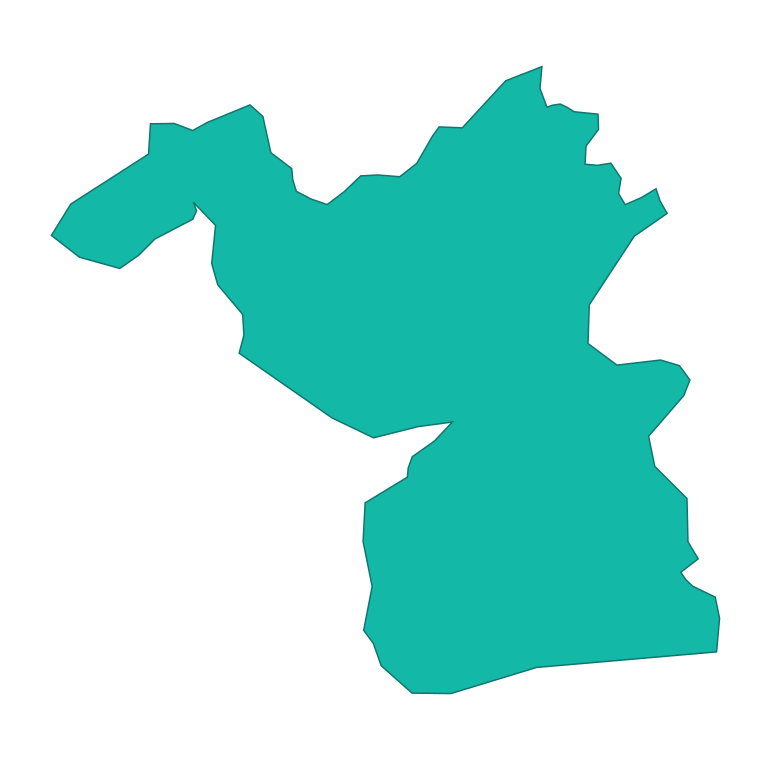 SVG path tracing the border of Mahanuvara, rotated 88°
{"feature_id": "LKA-2448", "entity_name": "Mahanuvara", "entity_type": "District", "adm_level": 1, "iso_a3": "LKA", "parent_name": "Sri Lanka", "parent_adm1": "", "projection": "robinson", "projection_center": [80.641, 7.216], "detail": "fine", "context": "isolated", "style": "filled", "palette": "teal", "viewbox_px": 768, "rotation_deg": 88, "n_neighbors": 0, "source": "natural_earth", "source_scale": "10m", "svg_char_len": 1282}
<svg xmlns="http://www.w3.org/2000/svg" viewBox="0 0 768 768"><g transform="rotate(88 384 384)"><path d="M115.8,608.3L116.3,584.6L124.0,566.3L116.4,551.4L100.4,508.2L112.4,495.7L148.9,489.0L165.5,468.7L177.0,468.0L188.4,464.9L196.7,450.2L202.7,434.5L190.4,417.1L175.2,400.0L174.9,382.5L177.4,361.1L164.7,343.6L137.9,326.9L129.0,319.9L130.7,296.8L85.2,251.8L72.3,215.1L94.1,217.8L113.0,211.5L111.3,206.0L110.4,198.1L114.0,191.1L118.5,184.6L121.8,160.7L137.0,160.7L153.3,173.8L171.4,175.4L172.9,162.9L171.2,149.6L186.7,139.9L201.8,142.9L213.2,136.7L206.8,120.5L198.4,105.3L210.8,101.7L223.4,95.1L245.0,128.7L312.0,176.1L350.7,178.7L373.2,150.6L369.7,106.7L376.0,88.1L390.7,78.1L406.2,84.9L445.4,121.4L475.7,116.3L509.0,85.2L552.4,85.7L569.7,76.1L582.5,94.0L590.2,89.1L596.9,82.5L608.6,60.4L629.9,56.8L663.3,61.0L672.6,241.5L695.7,328.0L693.9,366.8L665.5,396.6L642.9,403.7L629.5,412.9L585.9,402.9L540.7,410.4L502.1,407.0L477.9,363.9L468.7,362.7L457.7,358.3L442.7,335.5L424.4,317.0L427.8,351.6L437.4,396.4L416.1,437.1L348.2,527.7L330.2,522.3L309.6,522.8L279.0,546.7L257.6,552.0L219.6,546.8L195.7,568.2L204.3,565.3L212.6,569.3L231.1,607.9L246.8,624.7L259.3,644.0L246.7,683.9L223.9,711.2L193.2,690.7L146.0,611.3L115.8,608.3Z" fill="#14b8a6" stroke="#0f766e" stroke-width="1.5"/></g></svg>